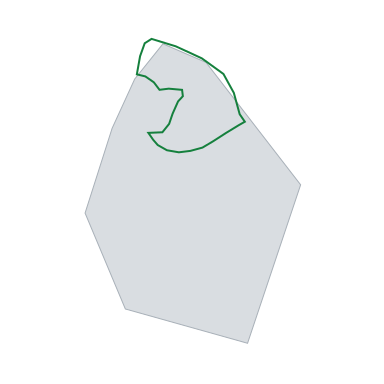 location of South East within Singapore, rotated 263°
{"feature_id": "SGP-4875", "entity_name": "South East", "entity_type": "state/province", "adm_level": 1, "iso_a3": "SGP", "parent_name": "Singapore", "parent_adm1": "", "projection": "equal_earth", "projection_center": [103.927, 1.348], "detail": "fine", "context": "in_parent", "style": "outline", "palette": "green", "viewbox_px": 384, "rotation_deg": 263, "n_neighbors": 0, "source": "natural_earth", "source_scale": "10m", "svg_char_len": 705}
<svg xmlns="http://www.w3.org/2000/svg" viewBox="0 0 384 384"><g transform="rotate(263 192 192)"><path d="M318.9,221.7L185.9,300.7L35.1,228.7L84.0,111.6L184.1,83.3L265.0,120.5L311.1,148.9L342.6,181.2L318.9,221.7Z" fill="#d9dde1" stroke="#a8b0b8" stroke-width="1"/><path d="M315.5,151.6L333.1,157.0L345.4,163.2L348.9,170.5L338.6,193.6L323.5,218.0L305.3,237.6L285.3,245.6L263.4,248.8L255.3,253.0L252.6,246.5L246.3,232.6L239.9,219.4L234.8,207.8L233.0,195.4L233.0,183.8L236.5,172.2L242.8,163.7L248.6,159.8L256.0,155.9L254.9,169.9L262.4,177.6L272.1,182.3L283.6,189.2L288.2,194.6L294.6,194.6L297.4,181.5L297.4,172.2L305.5,167.5L312.4,159.8L315.5,151.6Z" fill="none" stroke="#15803d" stroke-width="2"/></g></svg>